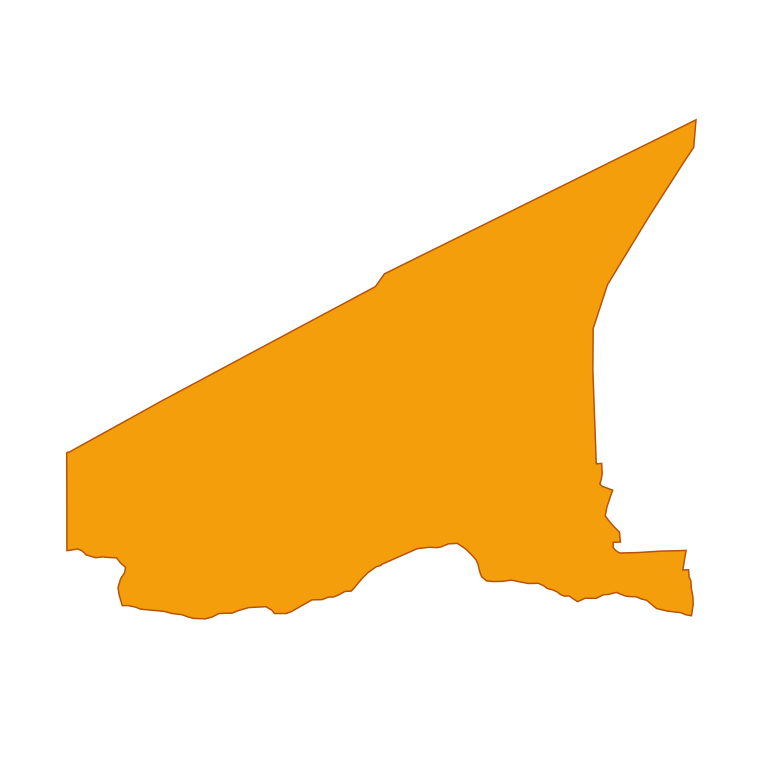 Um Durman, Khartoum, Sudan, rotated 87°
{"feature_id": "16777658B47170165092486", "entity_name": "Um Durman", "entity_type": "district", "adm_level": 2, "iso_a3": "SDN", "parent_name": "Sudan", "parent_adm1": "Khartoum", "projection": "mercator", "projection_center": [32.429, 15.44], "detail": "fine", "context": "isolated", "style": "filled", "palette": "amber", "viewbox_px": 768, "rotation_deg": 87, "n_neighbors": 0, "source": "geoboundaries", "source_scale": "gbopen_adm2", "svg_char_len": 2095}
<svg xmlns="http://www.w3.org/2000/svg" viewBox="0 0 768 768"><g transform="rotate(87 384 384)"><path d="M591.6,657.0L591.6,656.9L591.9,651.2L593.8,643.8L596.1,638.9L599.6,615.3L602.0,608.0L603.9,597.6L606.3,592.0L608.1,586.6L609.2,574.7L607.8,568.1L604.6,560.8L604.6,553.6L604.9,547.8L602.5,540.8L600.2,530.8L600.2,513.6L604.0,507.8L607.5,505.4L608.1,493.9L606.6,488.7L601.4,478.4L595.8,467.2L596.1,457.2L593.8,450.0L594.1,445.7L592.6,441.2L589.1,433.7L589.1,427.6L586.5,424.8L578.0,417.0L571.6,410.0L566.0,401.2L565.1,396.7L564.0,395.8L550.2,359.4L549.4,347.0L550.2,340.0L549.7,335.7L547.0,327.9L547.0,319.1L552.9,311.2L559.9,304.8L564.6,301.2L568.4,299.7L576.5,298.2L581.5,296.7L585.9,292.1L587.0,285.1L587.3,276.0L586.5,267.3L587.5,263.3L588.5,259.4L590.8,250.3L591.1,240.3L594.1,234.8L596.7,231.8L598.7,225.7L600.8,221.8L603.6,218.7L605.3,214.8L605.3,210.3L607.9,207.0L611.5,202.1L610.0,198.2L608.5,194.5L609.1,183.3L605.9,175.7L605.9,171.2L604.3,162.9L606.5,158.2L608.4,153.9L609.2,149.6L609.7,143.1L612.1,138.4L613.7,133.1L622.5,123.6L625.6,112.9L627.9,99.6L630.2,94.7L631.5,89.1L620.4,86.8L613.1,86.6L604.4,87.8L596.6,87.8L592.8,89.4L585.4,89.6L585.4,95.3L572.0,92.4L566.0,91.0L565.9,96.4L565.7,104.4L565.4,113.9L565.4,121.5L565.6,138.9L565.1,157.7L562.5,161.2L559.4,163.7L554.1,163.4L554.2,156.2L544.3,156.6L539.0,161.4L532.7,166.3L527.3,170.0L518.5,167.8L512.5,165.5L502.0,161.2L500.4,164.9L497.7,171.3L495.1,173.7L490.5,172.0L485.4,170.8L480.5,170.8L474.7,170.8L474.8,176.2L381.5,174.7L339.5,172.2L335.9,170.8L296.5,155.6L231.2,111.0L205.5,92.6L178.5,73.2L163.8,62.3L140.3,59.1L136.5,58.6L151.2,92.7L170.9,138.6L205.1,217.9L225.6,265.5L226.3,267.1L257.7,340.1L274.0,377.8L286.3,387.5L320.0,459.4L342.8,508.0L387.7,603.6L389.4,607.2L401.5,632.0L405.6,640.4L422.2,674.6L427.1,684.7L435.8,702.5L435.5,703.3L436.1,704.5L473.9,706.3L533.8,709.4L533.6,705.6L532.6,698.9L534.8,694.1L539.0,690.5L542.4,680.9L541.9,674.2L542.9,667.4L543.6,660.3L549.5,656.0L553.4,651.7L558.8,652.9L564.7,657.2L573.4,660.3L580.9,659.5L591.6,657.0Z" fill="#f59e0b" stroke="#b45309" stroke-width="1.5"/></g></svg>